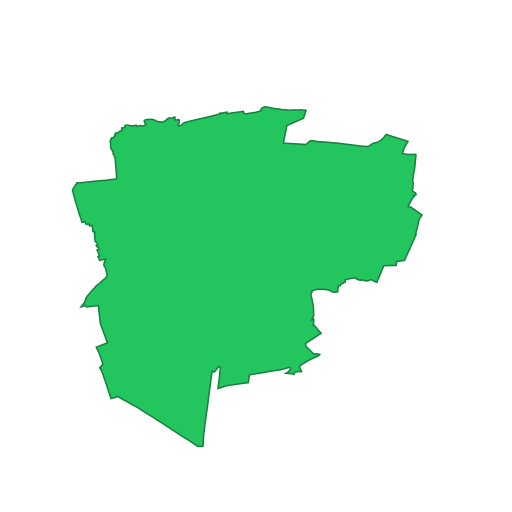 outline of Chau Thanh, Sóc Trăng, Vietnam, rotated 252°
{"feature_id": "81297802B53741861263416", "entity_name": "Chau Thanh", "entity_type": "district", "adm_level": 2, "iso_a3": "VNM", "parent_name": "Vietnam", "parent_adm1": "Sóc Trăng", "projection": "equal_earth", "projection_center": [105.914, 9.671], "detail": "fine", "context": "isolated", "style": "filled", "palette": "green", "viewbox_px": 512, "rotation_deg": 252, "n_neighbors": 0, "source": "geoboundaries", "source_scale": "gbopen_adm2", "svg_char_len": 6128}
<svg xmlns="http://www.w3.org/2000/svg" viewBox="0 0 512 512"><g transform="rotate(252 256 256)"><path d="M419.2,167.7L416.8,167.4L416.7,164.7L416.2,164.6L416.2,160.2L415.1,160.2L415.0,159.0L414.2,159.0L413.5,158.7L413.2,158.0L412.9,156.5L412.6,155.7L412.9,155.5L412.5,154.5L412.3,154.4L411.8,154.4L411.4,154.1L411.2,153.5L410.7,153.2L410.1,152.5L409.8,152.5L409.4,152.7L408.5,152.7L407.2,152.2L405.9,151.9L405.0,151.5L403.4,151.0L401.7,151.7L400.0,151.9L399.6,152.2L399.0,152.4L398.6,152.3L398.2,152.1L397.9,151.7L397.4,151.6L396.9,151.7L396.2,152.0L394.9,152.1L393.5,152.1L393.4,152.3L392.0,152.1L382.6,149.8L379.9,149.3L374.3,147.8L372.4,147.2L373.6,141.5L374.4,136.7L376.2,129.2L377.6,122.8L379.8,112.0L380.2,110.5L381.0,108.3L379.6,106.8L378.5,105.2L375.5,101.8L370.9,101.5L367.7,101.4L366.0,101.2L354.2,101.0L350.6,100.8L345.8,101.1L341.9,100.8L341.5,102.3L341.7,104.2L340.2,104.0L338.9,104.1L338.8,104.8L338.2,105.0L338.1,106.9L336.9,106.9L336.0,106.9L335.9,108.6L335.8,109.7L334.5,109.2L332.9,109.3L329.7,108.5L329.5,109.1L329.0,109.7L328.6,110.0L328.0,110.1L328.0,109.4L326.6,109.2L324.9,108.7L322.8,108.2L321.9,107.9L319.3,107.5L318.5,108.3L317.9,108.7L317.3,108.9L316.3,108.9L315.8,109.1L315.6,107.3L314.0,107.5L313.2,108.7L311.2,109.1L310.8,106.6L307.8,107.0L304.4,107.1L304.2,105.5L300.1,106.0L299.8,110.1L299.2,112.2L297.7,110.5L296.6,109.6L295.9,109.1L294.4,108.5L293.9,108.4L291.9,109.0L290.6,109.0L283.9,108.6L283.1,108.1L282.4,107.4L281.2,105.5L280.6,103.6L279.6,101.3L278.4,98.8L277.5,96.6L277.1,95.1L273.7,89.2L271.2,85.2L270.3,83.6L268.6,81.4L268.1,81.0L267.1,80.5L265.6,79.4L264.6,78.1L261.6,73.9L261.6,76.9L261.8,78.5L259.9,79.1L259.1,83.4L257.6,90.8L253.6,89.9L244.0,88.0L241.8,87.4L239.6,87.1L219.4,87.9L218.6,75.9L213.1,76.7L208.9,76.9L204.5,76.9L200.4,77.1L197.9,72.6L197.6,72.7L196.9,73.3L194.7,73.6L191.6,73.8L184.8,73.9L183.3,74.0L165.2,74.0L165.0,81.2L161.5,84.2L157.9,87.8L152.7,92.4L148.5,96.6L141.6,102.0L135.3,107.5L129.4,112.3L119.3,120.5L114.5,124.3L110.2,127.9L109.1,128.6L103.4,133.4L102.7,134.1L92.9,141.8L91.3,146.7L95.3,148.4L102.2,151.0L121.4,160.1L127.1,163.0L137.6,167.9L159.9,178.6L158.5,180.6L162.1,186.1L161.9,186.2L161.9,186.7L161.6,187.6L161.3,187.7L160.6,187.5L149.6,182.6L147.8,181.7L141.7,178.9L141.7,188.1L139.7,199.9L137.9,209.5L144.9,213.0L144.8,214.7L144.3,217.9L142.9,226.6L142.4,230.8L140.1,245.2L140.0,249.3L139.8,253.6L137.3,253.9L135.5,249.9L135.2,248.3L133.6,252.1L133.1,253.2L131.7,255.6L132.5,256.0L133.2,256.9L133.3,257.2L133.1,259.0L133.2,260.4L132.5,261.7L132.2,262.4L131.9,263.6L135.8,263.3L137.8,263.3L138.4,265.0L138.7,266.5L139.9,271.2L140.9,276.5L141.6,283.4L142.2,285.6L142.5,286.2L143.1,285.5L143.8,284.5L144.3,283.4L144.5,282.0L144.7,281.3L145.4,280.5L145.8,280.2L153.2,276.4L154.1,275.7L156.4,275.9L157.4,275.8L158.8,281.0L162.4,294.1L166.2,292.3L169.4,291.2L172.0,290.0L172.1,289.1L177.0,291.1L177.9,291.4L178.0,289.3L178.7,290.0L180.2,291.5L181.4,292.4L181.9,292.6L190.0,295.0L198.7,296.0L203.0,296.4L204.4,298.2L205.5,298.5L205.7,301.2L205.5,303.2L205.2,304.7L204.8,306.0L203.1,310.8L201.0,314.9L200.4,315.6L198.5,317.3L198.0,317.9L197.2,319.9L196.9,321.2L196.6,322.8L197.8,322.8L200.1,324.2L202.3,325.3L201.7,327.0L202.9,328.2L203.2,330.4L203.7,332.6L203.7,332.8L204.3,333.0L205.8,333.3L205.5,337.4L205.0,341.5L204.9,342.0L204.4,343.3L203.4,345.1L202.7,344.8L201.9,345.8L201.4,346.4L200.9,347.6L200.8,348.4L200.5,348.4L200.2,348.8L200.1,349.6L200.1,350.4L199.9,350.9L199.6,351.3L199.0,351.5L198.9,352.1L198.1,353.5L197.9,354.2L197.9,355.8L198.0,357.4L197.9,358.0L197.8,358.3L197.5,358.7L195.5,360.6L194.4,361.7L194.1,362.2L193.7,363.0L194.2,363.3L197.7,366.3L207.3,374.5L207.0,375.5L204.9,382.5L203.6,386.3L207.1,388.0L207.1,388.5L206.9,390.1L205.9,395.9L210.5,400.0L213.1,402.5L227.0,414.9L227.3,414.5L240.0,422.3L241.1,423.3L243.7,426.6L247.5,423.7L254.2,418.8L255.3,417.1L256.2,416.0L261.7,421.7L262.7,422.7L263.9,425.0L264.8,424.6L264.8,427.1L265.7,427.3L266.5,427.3L268.0,426.1L268.8,425.2L269.5,424.9L269.9,425.0L271.5,425.9L274.3,427.0L275.9,427.9L277.0,428.1L278.4,428.0L278.8,428.1L281.4,429.4L283.2,430.2L286.3,431.7L289.9,433.8L299.5,438.0L302.0,439.1L303.0,439.4L303.3,439.3L303.5,439.0L305.3,432.7L307.4,428.2L308.1,426.9L313.0,430.4L318.1,436.0L327.7,422.4L331.1,417.9L331.2,417.6L331.3,417.4L331.1,417.0L330.7,416.2L329.3,414.2L328.1,412.1L327.3,409.9L327.1,409.0L326.8,407.3L326.7,405.6L327.0,402.5L326.7,400.7L326.0,398.9L325.7,398.0L325.6,397.1L325.7,395.8L327.5,391.2L338.0,368.7L343.1,356.7L345.6,350.2L347.8,346.3L348.8,343.7L348.8,343.0L346.6,338.1L354.9,316.9L369.1,324.9L370.5,325.6L372.3,343.6L374.1,345.1L375.9,346.3L378.9,348.6L379.6,347.8L380.3,345.4L381.2,344.1L381.8,340.9L383.2,337.5L383.6,335.3L384.7,331.8L386.4,328.3L387.1,326.1L388.9,322.9L389.9,320.1L391.1,318.1L392.4,315.8L393.9,313.4L394.8,311.2L395.2,310.8L395.3,310.5L394.7,307.1L394.5,306.7L394.0,306.1L393.2,305.8L392.9,305.7L392.7,305.6L392.6,305.4L392.7,300.4L393.1,297.8L393.7,294.7L394.1,291.3L394.3,290.5L395.4,288.6L397.5,288.7L397.8,286.4L398.7,282.2L399.1,279.6L400.3,272.5L401.8,272.9L402.2,270.2L402.5,266.5L402.9,266.5L402.9,265.8L402.4,265.9L402.5,262.3L402.8,256.8L404.7,234.6L405.0,230.0L404.8,228.4L404.6,227.7L404.3,226.9L403.4,225.6L403.5,224.0L403.6,223.2L403.9,222.7L404.2,222.4L404.5,222.5L405.7,223.5L406.4,224.0L408.8,224.9L409.6,224.8L409.8,224.4L409.8,222.7L410.0,221.9L410.2,221.5L410.5,221.1L410.9,221.0L411.7,221.3L412.7,221.8L413.0,221.8L413.3,221.7L413.3,221.4L413.3,220.6L413.0,218.8L413.1,218.2L414.1,216.4L414.2,215.8L414.1,215.0L413.2,212.8L412.5,210.7L412.3,209.8L412.2,208.9L413.9,204.2L414.5,203.8L415.6,202.4L416.8,201.5L418.2,199.1L419.2,195.8L419.5,194.3L419.6,192.8L419.4,191.9L419.1,191.4L418.5,191.3L416.5,191.4L415.9,191.9L415.3,192.0L415.0,191.8L414.7,191.3L414.7,190.6L414.6,190.1L414.7,189.3L414.6,188.2L414.7,187.8L415.7,186.8L416.0,185.1L416.0,183.5L416.3,182.8L417.0,182.8L417.5,182.4L417.5,180.0L417.8,179.1L418.2,178.5L418.4,177.4L419.7,175.3L420.5,173.4L420.7,171.9L420.5,171.6L420.2,171.5L419.7,171.5L419.0,171.2L419.0,169.9L419.2,167.7Z" fill="#22c55e" stroke="#15803d" stroke-width="1.5"/></g></svg>